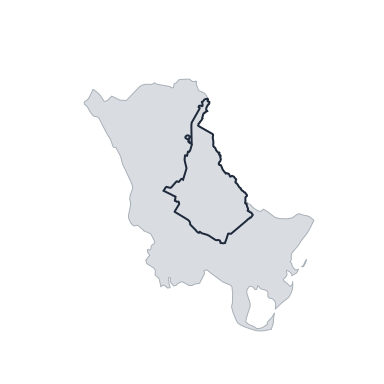 where Ahal sits in Turkmenistan, rotated 211°
{"feature_id": "TKM-352", "entity_name": "Ahal", "entity_type": "Province", "adm_level": 1, "iso_a3": "TKM", "parent_name": "Turkmenistan", "parent_adm1": "", "projection": "orthographic", "projection_center": [59.653, 37.88], "detail": "fine", "context": "in_parent", "style": "outline", "palette": "slate", "viewbox_px": 384, "rotation_deg": 211, "n_neighbors": 0, "source": "natural_earth", "source_scale": "10m", "svg_char_len": 9355}
<svg xmlns="http://www.w3.org/2000/svg" viewBox="0 0 384 384"><g transform="rotate(211 192 192)"><path d="M119.1,130.8L134.4,132.2L139.1,133.0L141.1,130.8L141.0,130.3L140.3,129.8L139.2,128.2L138.5,117.8L139.9,116.3L141.5,115.3L143.7,112.1L144.9,111.1L146.7,110.3L152.5,110.2L154.9,109.7L157.1,106.0L157.6,103.8L159.2,102.1L160.0,102.2L163.9,103.7L164.8,104.5L166.1,107.2L167.5,107.1L167.8,106.6L167.6,106.0L166.5,104.3L164.1,101.2L161.7,99.2L161.6,98.6L163.6,97.1L167.7,97.8L168.8,97.3L169.9,94.8L175.2,100.4L176.2,101.0L180.6,101.7L181.3,102.5L182.8,105.7L184.2,106.6L186.1,107.2L193.8,107.3L196.2,109.4L196.6,110.0L196.1,111.5L196.0,114.4L195.4,115.5L195.8,116.0L198.6,117.2L200.2,119.1L200.4,119.9L199.9,120.4L198.6,120.1L198.0,121.0L198.0,122.5L198.9,123.9L199.2,125.2L197.9,128.2L197.9,129.5L198.3,130.2L205.4,134.7L206.5,134.8L213.3,133.9L214.6,134.4L220.6,135.4L222.2,135.2L223.3,133.7L224.4,133.1L225.4,133.0L228.3,133.9L231.4,135.8L233.4,137.5L234.4,139.1L237.4,148.0L239.3,151.5L241.5,153.4L243.1,156.8L244.7,164.3L245.5,165.9L248.9,168.8L266.3,180.5L271.6,185.8L279.8,190.8L282.7,190.0L289.2,195.3L293.3,197.3L298.6,200.4L309.8,207.4L312.1,207.6L314.6,206.4L317.0,206.8L321.1,208.5L325.7,211.2L329.5,211.9L330.6,213.2L330.7,213.9L328.9,217.8L329.0,222.6L329.7,229.0L328.7,229.1L321.2,227.9L314.0,224.4L312.4,225.8L311.6,227.1L310.2,232.8L300.8,233.7L295.4,236.7L291.2,255.1L290.2,257.4L287.2,260.5L281.8,263.6L281.0,264.8L280.9,265.9L280.2,266.3L277.2,266.4L265.7,270.9L263.2,270.9L262.2,271.3L261.7,272.0L263.1,275.6L262.1,276.7L261.5,278.5L261.0,281.6L253.5,286.8L251.8,287.4L248.7,287.0L247.2,287.6L245.6,289.2L244.8,288.7L244.3,287.2L243.5,286.2L238.6,282.4L233.1,283.1L231.0,282.8L229.4,282.2L226.8,280.0L225.2,277.9L223.4,278.2L222.9,277.2L222.9,276.0L223.3,274.5L223.1,271.8L222.1,269.9L221.0,269.1L222.2,265.9L222.2,263.5L221.4,261.0L221.0,257.4L221.1,253.8L220.1,252.0L204.1,252.3L198.3,244.0L195.9,242.0L188.0,238.5L185.8,236.6L184.1,234.5L183.6,231.6L182.7,229.9L181.5,229.7L175.4,226.3L172.9,225.4L169.5,226.2L167.5,225.3L165.2,226.5L164.2,226.6L161.6,225.8L158.6,222.7L156.0,221.4L150.6,219.4L146.8,218.7L143.4,217.5L143.0,217.1L143.0,214.5L142.6,213.5L141.6,212.2L140.3,211.2L134.5,211.1L131.9,210.1L129.8,209.9L125.2,209.9L123.7,210.5L122.8,211.3L122.2,213.7L121.6,214.1L117.2,214.0L107.7,213.0L103.7,214.1L97.3,217.6L93.6,220.6L92.5,222.0L90.1,227.6L89.1,228.3L87.9,228.9L86.7,228.9L80.9,230.9L78.6,231.3L73.0,230.6L72.2,222.2L72.1,215.6L73.3,206.4L73.4,200.6L74.9,191.7L74.7,189.5L72.1,185.3L71.8,182.6L70.1,182.3L67.5,179.8L64.8,178.8L63.4,178.6L62.1,179.2L61.1,180.5L60.6,178.3L60.8,176.1L63.3,171.8L64.6,173.2L66.2,173.8L70.4,173.8L70.1,172.3L68.1,170.5L67.8,168.5L68.1,166.4L68.8,164.4L68.2,163.6L67.2,163.0L65.0,162.9L59.2,161.7L58.3,164.0L59.7,167.3L57.3,163.5L55.7,159.8L54.9,155.5L55.0,150.9L57.8,143.7L60.3,134.8L62.3,138.8L63.8,140.5L67.4,141.9L69.1,141.7L71.1,140.9L72.9,141.3L75.5,145.4L77.5,146.0L81.8,144.7L83.9,144.5L85.6,145.3L87.4,145.4L86.7,143.5L86.5,141.7L87.6,140.9L90.9,142.0L93.6,141.2L94.1,140.7L94.5,139.2L94.3,136.1L93.7,134.8L92.3,132.9L86.7,128.2L84.8,126.3L83.3,124.0L81.2,114.9L79.5,109.1L78.8,108.4L75.4,107.7L68.9,108.6L66.6,108.2L65.5,108.7L62.7,110.9L61.3,112.9L59.2,117.4L60.4,119.0L58.8,126.9L59.1,130.3L58.9,130.5L57.2,126.2L54.9,121.8L53.3,115.2L57.5,111.3L61.0,108.6L64.7,106.6L68.5,105.4L76.8,103.6L81.4,103.1L85.1,103.2L87.9,104.7L95.3,110.3L98.4,113.4L99.3,114.6L100.1,117.5L105.3,126.7L106.6,128.1L108.6,131.0L110.7,132.0L119.1,130.8ZM59.3,192.2L59.1,193.4L58.2,189.7L58.0,185.7L58.8,184.6L59.5,184.7L58.7,186.1L59.3,192.2Z" fill="#d9dde1" stroke="#a8b0b8" stroke-width="1"/><path d="M225.6,278.7L225.3,278.5L225.5,278.2L225.3,277.9L225.2,277.8L223.9,278.1L223.6,278.2L223.1,277.4L222.8,276.8L222.7,276.2L222.8,276.0L223.1,275.7L223.1,275.1L223.1,274.9L223.3,274.3L223.3,274.1L223.1,273.9L223.2,273.3L223.2,272.9L223.1,272.5L223.0,271.6L222.9,271.1L222.7,270.7L222.5,270.4L222.1,270.0L221.8,269.6L221.4,269.4L220.8,269.3L220.6,269.2L220.8,268.9L221.2,268.6L221.5,268.3L221.5,268.0L221.4,267.5L221.4,267.2L221.6,267.1L221.8,267.0L221.9,266.9L222.0,266.6L222.1,266.1L222.1,265.9L222.2,265.7L222.4,265.4L222.5,265.3L222.4,265.1L222.4,264.4L222.0,262.8L221.7,262.3L221.6,262.0L221.6,261.4L221.6,261.2L221.5,260.9L221.4,260.7L221.1,260.5L220.9,260.4L221.0,260.2L220.8,259.3L220.9,258.0L221.3,256.0L221.1,255.6L221.1,255.3L221.2,255.0L221.3,254.8L221.4,254.6L221.5,254.3L221.5,254.0L221.5,253.6L221.2,253.0L221.0,252.1L220.2,252.0L219.2,251.9L204.1,252.3L203.4,251.9L203.0,251.2L202.4,249.6L201.9,248.9L199.7,246.3L198.8,244.8L198.0,243.2L197.4,242.4L196.6,242.0L194.9,241.8L194.2,241.3L192.8,240.2L189.9,239.2L189.7,239.2L189.5,239.3L189.2,239.7L189.1,239.8L188.9,239.9L188.6,239.7L188.5,239.2L188.4,238.7L188.3,238.3L187.9,238.0L187.6,237.9L187.0,238.2L186.8,238.2L186.6,238.1L186.3,237.8L186.0,237.7L185.9,237.5L186.0,237.2L186.1,236.9L186.0,236.7L185.6,236.3L184.4,235.2L184.1,234.8L183.7,233.1L183.7,232.5L183.8,232.3L184.0,231.8L183.9,231.6L183.8,231.3L183.9,230.7L183.8,230.4L183.4,229.8L183.0,229.4L182.5,229.3L181.3,229.8L180.9,229.8L178.2,227.8L177.5,227.1L177.3,227.0L176.7,226.9L176.2,226.6L175.4,226.2L173.8,225.8L172.6,225.2L172.5,225.3L172.4,225.7L172.2,226.0L171.9,226.1L171.7,226.1L171.3,226.0L171.1,226.0L170.9,226.2L170.8,226.3L170.6,226.4L170.2,226.5L169.7,226.4L168.8,226.0L167.8,225.1L167.5,224.9L167.1,224.9L166.8,225.2L166.5,225.5L166.3,226.0L166.1,226.4L165.7,226.5L163.9,226.7L163.6,226.6L163.0,226.2L162.8,226.1L161.2,225.8L160.9,225.7L160.5,225.4L160.4,225.1L160.4,224.8L160.4,224.3L160.3,224.1L160.0,223.5L160.0,223.3L160.0,223.1L160.0,222.9L159.9,222.8L159.6,222.6L159.2,222.5L158.5,222.4L157.2,222.1L154.1,220.5L153.4,220.3L152.4,220.4L152.1,220.3L152.0,220.1L151.8,219.7L151.6,219.6L151.1,219.6L150.7,219.4L150.5,219.2L150.2,219.0L149.9,219.0L149.6,219.1L148.6,219.1L147.6,218.8L147.2,218.7L146.9,218.8L146.6,218.8L146.3,218.9L143.4,217.7L142.9,217.0L143.3,215.6L143.4,215.2L143.3,214.7L142.9,214.1L142.6,213.3L142.0,212.6L141.8,212.2L141.4,211.3L141.0,210.5L140.9,210.3L140.9,210.1L140.6,209.8L140.2,209.6L139.8,209.6L139.4,209.8L139.2,210.0L137.6,208.2L135.7,206.8L135.4,206.5L135.0,205.9L134.9,205.7L134.7,204.8L134.6,204.6L134.4,204.6L134.1,204.6L133.5,204.8L133.3,204.9L133.1,204.9L132.6,204.6L132.3,204.5L131.9,204.6L130.9,204.8L130.7,204.8L130.3,204.7L129.2,204.1L128.9,204.0L128.5,204.0L128.3,203.8L128.1,203.6L128.1,203.1L128.3,200.7L128.5,200.3L128.6,200.1L129.1,199.9L129.3,199.7L129.3,199.4L129.3,198.9L129.3,198.6L129.4,198.4L130.1,197.3L130.2,197.1L130.2,196.7L130.3,196.1L137.0,176.4L137.1,176.2L137.3,176.1L137.8,175.8L139.0,175.4L139.3,175.2L139.5,174.8L139.5,174.6L138.0,168.2L137.8,166.6L137.8,166.4L137.5,166.0L137.4,165.6L137.4,165.4L137.5,165.2L138.7,164.2L141.1,163.1L141.2,163.4L141.3,163.6L141.5,163.7L142.2,163.8L142.4,164.0L142.7,164.4L142.8,164.5L143.1,164.7L143.3,164.7L144.5,164.5L144.8,164.4L145.6,163.7L146.0,163.4L147.2,163.0L155.2,163.3L157.5,163.0L162.3,161.7L164.4,161.9L164.8,161.9L164.9,161.6L164.9,161.0L164.9,160.8L164.9,160.7L165.0,160.6L165.3,160.4L166.9,160.5L168.2,160.8L169.0,161.2L176.8,163.2L177.8,164.6L178.1,164.8L179.2,165.6L180.7,166.0L185.6,166.1L196.3,166.1L196.6,166.1L196.8,166.5L196.8,174.7L196.8,175.1L197.0,175.3L198.1,176.6L198.4,176.7L198.8,176.7L199.3,176.4L199.7,175.9L199.9,175.8L200.1,175.7L200.3,175.8L200.9,175.9L201.1,175.9L201.3,175.9L201.9,175.6L202.0,175.6L202.4,176.0L202.6,176.3L202.6,176.5L202.8,177.4L202.9,178.0L203.0,178.1L203.2,178.4L203.4,178.5L203.6,178.8L203.8,179.4L203.8,179.5L204.5,179.5L207.0,179.1L207.9,179.2L217.0,178.4L216.9,182.4L216.7,182.8L216.5,183.3L215.3,183.6L212.7,184.4L212.1,185.3L210.9,192.3L210.8,192.7L210.6,193.2L210.3,193.4L209.0,193.6L208.7,193.7L208.5,194.0L208.4,194.4L208.0,197.1L207.9,197.5L207.7,197.9L207.4,198.1L207.1,198.1L206.0,198.0L208.6,208.4L209.0,209.6L214.1,214.8L215.0,215.9L216.6,219.2L216.8,219.8L216.6,220.0L216.3,220.1L215.4,220.3L215.1,220.4L214.9,220.5L215.0,220.9L216.0,223.7L216.2,224.5L216.0,224.8L215.7,224.9L215.2,224.9L215.0,225.7L215.1,227.0L216.6,232.8L216.8,233.0L217.1,233.0L217.7,233.0L218.2,233.0L218.6,232.9L220.4,233.0L220.7,233.1L221.0,233.2L221.1,233.3L221.3,233.6L222.3,235.4L223.0,235.1L223.6,234.9L224.3,234.8L225.2,235.0L225.6,235.1L225.8,235.3L225.9,235.5L226.0,235.8L226.0,236.1L226.0,236.4L225.9,236.8L225.8,237.2L225.6,237.6L225.3,237.9L225.2,238.1L224.7,238.4L224.2,238.6L223.9,238.6L223.6,238.6L223.3,238.6L223.0,238.5L222.7,238.4L222.5,238.2L222.2,237.9L222.1,236.5L222.0,235.9L221.7,235.3L221.2,234.5L220.9,234.0L220.5,233.7L220.2,233.5L219.3,233.4L219.0,233.4L218.6,233.5L217.7,233.5L217.4,233.6L217.5,233.8L222.1,241.1L227.0,249.0L228.0,251.3L228.4,266.5L228.6,267.8L228.9,267.9L229.1,268.0L230.0,268.1L230.2,268.3L230.3,269.5L230.2,269.6L229.9,269.9L229.7,270.0L229.4,270.3L229.2,270.4L228.9,270.5L228.3,270.5L227.9,270.6L227.7,270.7L227.6,270.8L227.4,271.1L227.4,271.3L227.5,271.5L227.8,272.1L227.9,272.3L228.2,272.7L228.5,272.9L229.4,273.8L229.7,274.0L229.9,274.2L229.9,274.4L229.4,274.9L229.3,275.1L229.2,275.2L229.2,275.3L229.0,277.3L229.0,277.6L228.9,277.8L228.3,278.6L228.1,278.8L227.4,279.3L227.2,279.4L227.0,279.8L226.8,280.0L226.6,279.9L226.4,279.9L226.2,279.8L226.1,279.7L225.9,279.5L225.9,279.4L226.0,279.1L225.7,278.7L225.6,278.7Z" fill="none" stroke="#1e293b" stroke-width="2"/></g></svg>